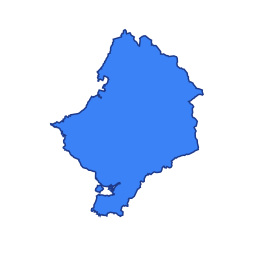 Langkat, Sumatera Utara, Indonesia (Mercator projection), rotated 202°
{"feature_id": "22746128B45262154134474", "entity_name": "Langkat", "entity_type": "district", "adm_level": 2, "iso_a3": "IDN", "parent_name": "Indonesia", "parent_adm1": "Sumatera Utara", "projection": "mercator", "projection_center": [98.309, 3.76], "detail": "fine", "context": "isolated", "style": "filled", "palette": "blue", "viewbox_px": 256, "rotation_deg": 202, "n_neighbors": 0, "source": "geoboundaries", "source_scale": "gbopen_adm2", "svg_char_len": 5817}
<svg xmlns="http://www.w3.org/2000/svg" viewBox="0 0 256 256"><g transform="rotate(202 128 128)"><path d="M74.3,106.8L73.3,107.9L73.2,109.6L74.2,111.0L74.2,112.6L75.4,113.6L73.3,117.1L73.2,118.1L72.0,118.2L71.0,119.9L69.2,121.2L68.7,121.9L66.5,123.5L65.1,123.9L64.2,125.5L63.0,125.7L61.5,126.7L57.9,130.8L57.3,132.0L54.8,134.4L55.4,135.4L55.5,136.5L58.0,139.9L59.1,142.3L59.7,143.0L61.2,143.6L62.2,144.8L63.9,148.5L63.8,150.7L66.9,153.2L66.7,154.1L65.5,155.4L66.3,160.2L69.1,161.8L70.4,162.2L71.3,162.0L72.4,162.5L73.3,163.7L73.8,164.8L73.8,166.5L75.7,170.1L75.1,172.2L75.3,172.5L77.0,173.6L79.5,174.0L80.3,174.8L81.7,175.3L80.1,176.8L78.7,179.7L77.8,180.6L77.4,182.2L77.0,182.3L75.2,185.4L73.6,186.3L71.3,186.5L71.3,187.1L71.1,187.2L71.0,187.3L72.7,189.3L73.3,191.0L76.8,190.9L79.7,190.3L79.8,190.8L83.6,192.9L84.6,193.9L87.2,194.2L87.9,193.8L88.9,194.3L90.4,196.1L91.2,198.1L92.4,198.7L93.6,201.0L98.0,203.5L99.6,203.0L100.8,203.6L102.1,202.8L105.4,203.8L107.0,206.2L106.9,207.7L108.5,211.1L109.7,212.1L112.5,212.0L116.8,209.6L118.1,210.0L119.3,209.5L122.7,210.0L123.8,209.3L125.5,208.9L126.4,211.1L132.5,214.7L133.1,214.8L135.2,214.0L136.0,214.3L137.3,213.8L137.4,215.1L138.3,215.8L139.1,218.2L141.8,218.5L146.2,219.9L147.7,219.4L149.1,218.1L150.7,215.4L149.8,214.5L148.8,211.1L148.1,208.3L148.8,208.3L149.4,208.5L151.9,210.6L153.2,211.2L154.4,211.3L156.1,212.5L156.3,214.7L159.7,215.2L161.8,217.0L164.5,214.9L165.1,215.4L166.1,217.3L167.5,218.0L168.6,216.6L168.0,214.7L168.0,213.7L168.8,213.5L169.1,211.1L168.3,210.6L168.4,209.9L174.9,204.7L173.8,203.0L174.2,201.3L173.5,199.7L174.1,198.2L174.1,195.7L173.2,193.5L173.1,191.7L172.6,190.8L174.1,189.1L173.6,188.0L173.5,186.5L174.1,183.9L173.9,182.7L174.5,180.8L174.0,180.0L174.8,178.2L174.6,176.3L175.6,173.3L175.0,173.0L175.6,172.7L176.6,170.5L176.8,168.7L177.5,168.8L177.5,168.4L175.1,166.9L175.4,165.5L174.7,165.0L175.2,164.7L174.9,164.0L175.1,163.3L173.6,162.1L173.5,160.4L172.8,160.5L172.9,162.1L172.2,162.9L169.2,162.6L169.1,164.7L169.6,165.9L169.6,167.4L165.4,167.2L165.1,166.3L164.1,165.8L164.4,165.2L164.0,162.9L164.3,160.9L164.9,160.4L165.4,158.8L166.0,159.4L166.3,159.2L166.2,158.5L165.7,158.2L166.4,158.0L166.6,157.4L166.1,156.6L166.7,156.2L166.6,155.9L166.4,156.2L164.0,155.5L164.0,154.5L163.2,154.3L163.3,153.8L163.6,153.1L168.9,152.4L169.0,149.2L168.6,148.3L166.7,147.8L166.6,146.8L166.1,146.3L164.3,146.5L164.3,145.7L165.5,146.2L166.5,146.0L167.4,146.7L168.7,147.1L171.5,143.8L171.9,144.0L172.5,143.4L173.5,143.6L174.2,138.5L174.8,136.9L174.5,134.5L174.8,134.3L175.0,133.3L174.5,131.9L176.0,128.2L177.1,126.8L178.7,123.6L179.9,122.5L186.3,118.6L185.9,117.5L187.4,117.3L187.4,115.5L188.4,115.3L189.5,115.9L190.4,115.5L190.6,114.6L190.0,113.1L191.4,111.8L190.4,110.4L190.3,109.8L190.9,109.5L191.3,110.0L191.8,110.0L193.6,107.0L196.3,107.0L197.2,105.1L198.0,104.9L198.9,103.5L201.2,103.0L200.7,102.2L197.1,101.9L195.8,101.4L195.0,102.4L193.9,101.8L192.8,102.2L191.0,101.8L189.4,100.4L188.1,99.8L187.6,100.2L187.3,99.4L187.5,98.7L186.2,98.2L185.9,97.6L184.2,98.0L183.5,97.7L182.4,93.6L183.0,92.9L182.9,92.1L181.9,90.2L180.9,90.1L179.7,88.7L179.6,88.1L180.8,85.9L180.5,85.3L178.0,84.5L178.0,84.2L177.6,84.5L175.9,84.0L174.8,84.6L174.5,84.3L173.8,84.4L171.6,82.2L169.9,81.3L168.8,81.4L167.3,80.5L161.7,80.4L161.4,79.4L159.3,77.9L157.6,75.9L154.9,74.5L152.3,74.7L151.6,75.1L148.4,74.2L146.6,74.8L143.9,74.8L142.7,75.2L141.3,74.8L139.9,70.8L139.3,69.6L138.7,69.6L139.1,69.2L137.9,68.4L137.7,68.6L136.0,68.0L134.9,66.8L132.0,66.1L130.8,65.2L128.5,65.0L125.9,65.7L124.9,66.4L124.4,66.1L122.4,69.1L121.5,68.3L119.8,68.7L118.2,70.5L116.5,73.3L115.5,74.1L114.6,73.9L114.7,73.1L116.0,73.0L116.5,71.4L117.5,69.6L118.2,66.6L117.9,64.9L118.7,62.8L118.1,62.2L115.9,61.6L115.9,61.1L117.4,60.5L117.2,60.1L119.3,59.0L120.2,57.6L121.6,57.9L123.3,57.1L123.5,56.6L126.5,56.3L128.8,55.5L129.1,55.0L130.1,55.6L131.7,53.0L130.9,51.9L130.5,49.7L130.4,46.9L130.7,44.0L129.8,41.3L131.4,39.7L131.1,39.0L131.3,38.2L130.7,37.4L130.1,37.3L129.2,38.1L129.0,39.2L127.5,38.8L127.5,37.7L126.4,38.4L125.7,37.9L124.9,38.5L124.3,37.3L124.6,36.6L123.1,36.8L122.4,36.1L122.2,37.3L121.0,36.1L121.0,37.0L120.5,37.4L118.7,37.8L118.9,38.0L116.6,38.3L116.1,38.8L114.7,38.5L115.1,41.0L112.9,43.2L109.7,43.9L108.9,43.4L108.7,44.2L107.0,44.6L104.4,43.6L102.7,43.6L102.1,43.2L101.6,43.7L101.6,44.3L100.2,45.2L101.1,48.1L101.5,48.0L101.7,48.5L103.8,48.9L103.9,51.2L104.3,52.1L103.1,54.5L102.0,54.3L101.2,55.2L99.3,55.2L98.9,55.5L99.4,56.8L100.1,57.3L100.4,58.2L100.2,60.3L100.4,61.8L100.8,61.8L100.8,63.1L98.2,64.3L96.6,67.0L96.2,74.8L95.3,75.7L95.0,77.0L94.3,77.6L95.2,79.0L95.0,80.6L96.4,82.6L96.4,83.2L95.8,83.7L93.8,83.6L93.0,84.6L93.9,87.0L93.7,90.4L92.7,91.3L92.4,92.9L91.4,92.4L91.1,93.7L89.3,93.5L87.8,96.6L86.9,97.2L85.6,97.2L84.0,97.8L81.4,99.4L81.0,100.2L81.0,102.1L81.4,104.0L80.5,106.0L80.1,106.0L79.3,105.0L78.4,105.1L77.6,105.3L77.8,106.2L77.4,106.9L75.2,106.6L74.3,106.8ZM132.7,57.4L131.4,57.8L129.8,57.5L130.0,58.6L129.1,60.3L128.7,60.4L128.0,62.3L128.5,62.9L129.9,63.3L131.3,64.6L132.1,64.7L132.5,64.6L133.1,63.7L134.7,63.3L134.3,61.9L135.1,59.9L134.9,58.2L134.3,57.6L133.6,57.8L132.7,57.4ZM123.0,65.2L121.9,65.2L121.3,65.5L120.2,66.7L119.8,67.9L121.8,67.6L122.4,66.9L123.2,67.0L123.4,65.9L123.0,65.2ZM118.7,65.6L119.2,64.7L120.0,63.9L119.8,63.0L119.0,63.4L118.4,64.4L118.3,65.0L118.7,65.6ZM185.6,97.3L185.6,96.5L184.9,95.9L184.5,96.9L183.6,97.5L185.0,97.6L185.6,97.3ZM123.1,64.0L122.6,64.1L121.8,65.0L123.0,65.0L123.1,64.0ZM120.2,64.3L119.3,64.8L119.4,65.2L119.9,64.8L120.2,64.3ZM121.0,65.0L121.2,64.4L120.5,65.5L120.9,65.3L121.2,64.9L121.0,65.0ZM122.5,68.0L122.7,67.5L122.4,67.2L122.2,67.8L122.5,68.0ZM197.1,101.5L197.1,101.8L197.7,101.8L197.6,101.7L197.1,101.5ZM187.6,99.3L187.9,98.6L187.7,98.3L187.7,98.5L187.6,99.3Z" fill="#3b82f6" stroke="#1e3a8a" stroke-width="1.5"/></g></svg>